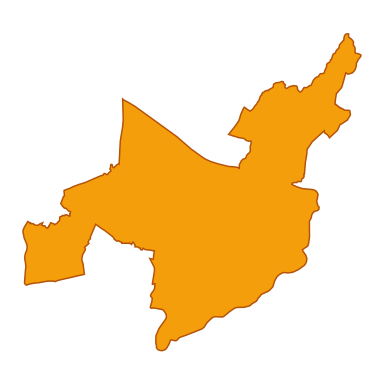 Banjar, Kalimantan Selatan, Indonesia (Robinson projection)
{"feature_id": "22746128B79736905882971", "entity_name": "Banjar", "entity_type": "district", "adm_level": 2, "iso_a3": "IDN", "parent_name": "Indonesia", "parent_adm1": "Kalimantan Selatan", "projection": "robinson", "projection_center": [114.894, -3.279], "detail": "fine", "context": "isolated", "style": "filled", "palette": "amber", "viewbox_px": 384, "rotation_deg": 0, "n_neighbors": 0, "source": "geoboundaries", "source_scale": "gbopen_adm2", "svg_char_len": 5911}
<svg xmlns="http://www.w3.org/2000/svg" viewBox="0 0 384 384"><path d="M348.8,33.4L348.7,33.8L346.8,33.8L346.0,34.1L345.2,34.8L344.5,35.9L344.1,37.3L343.9,39.2L343.7,40.1L339.7,44.6L339.3,45.5L339.1,47.4L338.3,48.7L336.9,49.8L336.1,51.0L335.2,53.1L333.7,53.8L333.3,53.3L333.6,53.8L332.9,54.7L331.4,59.3L331.2,59.2L330.4,60.0L330.0,61.7L329.7,62.1L328.0,63.0L326.7,64.3L326.4,67.4L325.0,70.1L324.1,73.0L322.6,73.6L320.6,73.7L319.7,74.3L318.4,76.5L316.9,76.9L315.1,78.2L313.4,80.2L311.0,85.5L309.5,85.6L306.7,87.7L304.3,87.5L303.9,87.7L301.7,91.1L300.7,92.0L299.9,92.1L297.7,89.8L297.0,86.5L296.5,86.0L294.2,85.7L293.0,85.9L292.9,85.7L291.3,86.4L290.4,86.3L288.3,87.3L287.8,87.9L286.7,88.4L285.2,87.7L284.9,87.2L284.9,86.1L285.4,85.5L285.5,84.9L284.6,83.9L283.8,83.8L283.4,83.1L283.4,81.8L281.7,81.4L279.4,82.4L276.0,82.8L274.0,83.9L273.5,84.6L273.1,87.2L272.3,87.8L270.0,89.0L269.5,89.5L268.7,89.7L268.2,90.7L267.0,90.4L266.3,90.6L264.5,91.4L263.6,92.5L262.7,92.5L261.9,93.8L261.7,94.9L261.1,95.2L260.0,97.1L258.9,100.7L258.0,101.6L256.7,103.9L254.4,106.6L252.8,109.2L249.9,111.2L244.3,107.2L243.2,109.0L240.8,114.3L239.0,120.5L235.4,125.8L228.6,134.4L234.2,136.3L236.3,136.7L238.0,137.5L243.8,138.4L246.3,140.5L249.0,141.2L251.2,141.2L251.1,143.4L250.2,146.6L250.2,149.3L250.5,150.8L249.3,152.8L248.0,153.8L246.7,155.3L245.8,158.0L245.2,158.5L242.9,159.2L241.4,160.7L239.3,164.8L239.3,168.3L237.4,167.3L232.8,166.7L228.9,166.5L219.7,164.3L211.1,161.7L207.0,159.9L203.8,158.2L190.9,148.9L176.9,136.7L135.0,106.4L128.9,102.7L124.0,100.1L122.7,99.0L123.2,119.8L122.7,126.3L120.3,140.9L119.1,164.1L118.3,163.9L117.7,164.3L115.9,165.6L114.2,167.5L113.7,167.8L112.7,166.9L112.1,164.6L111.3,164.4L110.7,164.7L110.5,167.1L109.9,169.2L110.9,170.4L110.9,171.1L108.6,172.9L107.8,174.4L106.6,174.6L106.1,174.1L104.9,173.5L104.1,173.5L102.8,175.4L101.5,175.5L99.7,176.2L84.5,182.8L79.4,184.3L73.2,186.6L69.8,188.3L64.3,190.3L64.0,190.6L64.4,195.1L64.0,196.4L63.6,196.4L63.3,196.9L60.8,203.6L61.3,204.4L61.7,204.8L62.6,206.4L63.4,206.8L63.5,207.3L64.5,208.1L65.0,208.1L65.2,208.4L66.2,208.4L68.5,211.0L70.5,211.7L70.2,213.3L69.7,213.6L70.0,215.9L69.7,216.2L66.3,214.7L64.7,215.6L64.5,215.2L62.9,215.7L62.2,215.6L62.2,216.1L59.8,217.0L59.5,220.7L59.2,221.1L58.3,221.5L57.0,223.3L54.4,224.7L53.8,223.8L50.7,222.7L49.0,226.2L48.8,226.0L47.7,228.1L46.4,227.7L45.4,226.9L44.9,225.8L42.6,225.7L41.7,225.1L42.7,222.7L39.3,224.2L38.0,225.3L36.2,225.2L35.0,225.1L34.4,224.4L33.6,224.3L33.4,223.9L32.7,223.6L31.5,223.7L31.4,223.4L30.8,223.2L30.0,223.4L30.1,222.7L29.8,222.7L27.8,221.5L24.4,227.0L23.0,230.4L23.1,232.7L24.2,238.1L26.5,243.6L27.1,246.3L27.1,248.1L26.4,251.2L25.6,252.8L25.1,254.6L24.8,256.9L24.9,260.3L25.4,262.2L25.8,266.3L25.8,268.2L25.5,269.4L24.5,283.0L25.3,284.4L26.2,285.1L30.5,283.8L36.2,282.9L38.4,282.8L47.6,281.1L53.6,281.1L55.5,281.6L56.4,281.0L58.4,280.3L84.4,274.3L83.1,264.0L82.0,260.6L81.9,258.2L82.5,255.1L85.2,250.0L85.4,248.8L84.6,247.3L88.9,243.5L88.1,242.3L89.1,239.8L90.3,238.9L90.5,236.6L95.7,224.3L101.2,228.3L105.0,230.7L112.7,236.7L113.6,237.7L114.3,239.4L114.6,239.3L115.0,239.6L116.2,240.9L117.1,241.2L117.9,240.8L118.6,240.7L119.2,241.3L120.1,241.8L121.4,242.0L121.7,242.5L121.7,243.2L125.9,243.3L126.0,243.1L126.3,243.3L128.3,243.2L129.3,243.5L129.5,243.1L131.2,243.8L131.2,244.2L131.6,244.5L132.5,242.3L133.2,242.3L134.8,244.6L135.0,245.4L134.8,245.7L135.3,246.3L135.1,246.8L138.0,247.0L139.3,248.1L140.0,247.9L140.8,249.7L142.0,250.0L143.0,248.3L144.0,249.1L146.4,249.8L150.4,250.1L153.2,250.8L154.4,250.7L153.7,254.7L153.3,259.3L149.8,258.5L154.4,267.5L154.4,271.4L152.3,284.1L152.8,284.4L153.4,284.2L154.0,283.7L155.0,283.7L154.8,285.8L154.6,286.5L154.7,287.9L154.0,289.9L151.4,293.5L150.6,295.3L150.6,296.0L150.9,296.7L151.9,297.6L152.2,298.4L151.8,301.9L150.3,307.0L150.4,307.6L150.9,308.1L151.5,308.3L152.9,308.0L154.5,308.1L162.9,309.7L165.0,312.4L166.2,314.7L166.4,315.8L166.2,318.3L159.0,328.5L156.0,335.6L155.8,341.3L155.9,343.7L156.4,345.1L156.5,347.8L157.6,349.4L158.7,350.0L160.7,350.6L162.7,350.6L165.4,349.5L166.8,348.0L169.0,344.1L170.2,340.9L170.9,339.9L175.8,340.8L176.7,340.4L179.7,337.4L186.1,335.2L202.0,328.9L204.0,327.3L206.8,323.0L208.9,320.8L211.7,318.2L214.0,316.7L222.5,317.0L223.7,316.5L229.4,311.8L234.5,308.2L237.2,307.4L244.1,307.3L249.6,305.9L251.9,303.9L256.6,301.0L258.5,297.7L259.6,296.8L260.9,294.9L262.6,293.8L268.0,291.4L269.5,290.3L272.7,287.0L273.4,285.2L274.1,282.5L274.8,280.6L277.1,276.6L279.6,274.4L282.4,272.9L284.5,272.5L288.0,272.9L292.0,272.4L294.1,271.7L298.9,269.3L304.0,265.6L304.9,264.7L306.4,261.9L306.9,258.6L305.8,255.2L302.5,250.5L302.4,250.0L303.8,248.7L307.5,246.3L308.1,245.2L308.6,243.3L309.5,237.0L309.4,221.4L311.2,217.9L311.8,214.7L312.7,213.2L313.9,211.9L314.9,211.2L317.4,210.6L318.3,210.0L318.8,209.5L319.1,207.0L318.2,206.3L317.7,205.2L316.7,201.3L316.7,200.7L317.3,198.8L318.0,194.4L317.8,193.7L316.5,191.6L315.6,190.7L314.1,190.0L312.7,189.6L302.5,188.6L297.1,186.9L292.3,184.7L291.8,184.3L292.1,183.3L294.7,182.4L296.0,182.6L297.0,182.5L297.7,181.4L300.3,181.7L301.2,181.4L302.0,178.8L302.3,178.3L302.9,178.3L303.5,177.8L304.1,176.4L303.8,174.2L304.4,174.2L305.4,162.3L306.8,154.1L307.0,149.6L312.2,141.8L324.2,130.8L324.5,132.5L324.9,133.1L326.9,134.3L328.7,136.3L329.4,137.8L337.4,130.4L340.2,124.3L341.3,124.1L347.4,120.0L350.4,115.0L350.3,113.2L349.9,112.4L350.0,111.2L349.7,110.5L349.0,110.3L346.0,110.3L344.3,110.0L341.6,108.2L340.4,108.4L340.0,107.4L338.7,107.1L338.5,106.4L337.8,106.3L337.3,105.4L336.3,105.2L335.9,104.3L335.0,104.1L335.6,98.3L336.4,93.7L341.6,87.6L342.8,83.8L345.8,72.8L348.0,74.2L352.4,72.9L354.6,70.5L355.3,69.2L356.3,65.7L356.5,62.7L357.6,61.4L357.8,60.3L360.7,56.5L360.9,55.8L361.0,55.4L360.6,54.7L358.1,53.7L355.4,53.1L355.1,52.8L355.1,48.7L354.8,47.3L353.3,44.8L353.5,42.5L353.4,41.6L351.6,39.3L348.7,37.1L348.5,35.6L348.8,33.4Z" fill="#f59e0b" stroke="#b45309" stroke-width="1.5"/></svg>